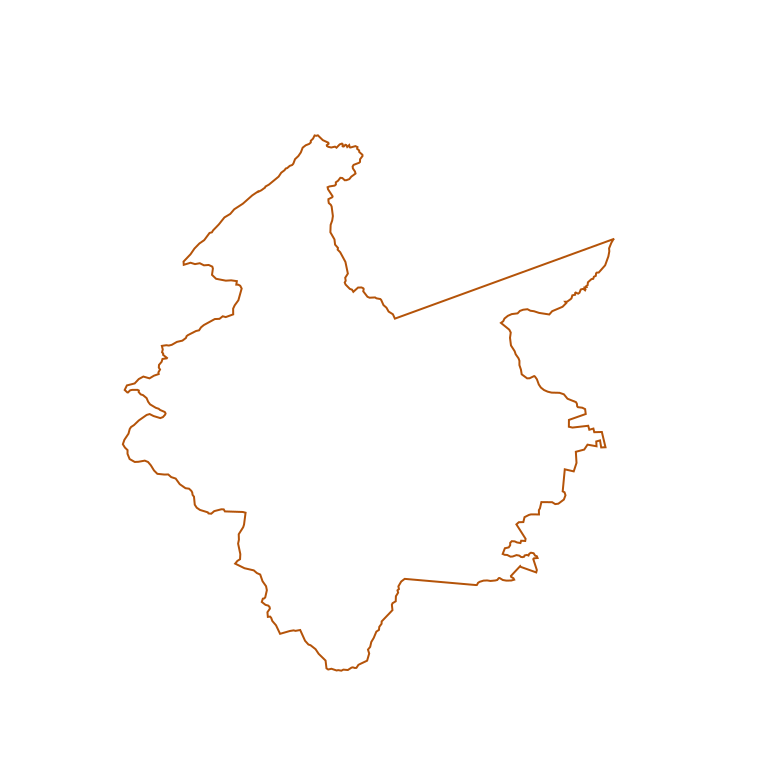 map outline of Northern Cape (Mercator projection), rotated 70°
{"feature_id": "ZAF-1188", "entity_name": "Northern Cape", "entity_type": "Province", "adm_level": 1, "iso_a3": "ZAF", "parent_name": "South Africa", "parent_adm1": "", "projection": "mercator", "projection_center": [20.625, -28.845], "detail": "fine", "context": "isolated", "style": "outline", "palette": "amber", "viewbox_px": 768, "rotation_deg": 70, "n_neighbors": 0, "source": "natural_earth", "source_scale": "10m", "svg_char_len": 6165}
<svg xmlns="http://www.w3.org/2000/svg" viewBox="0 0 768 768"><g transform="rotate(70 384 384)"><path d="M161.2,325.9L162.4,326.2L164.6,329.6L167.1,330.6L167.6,331.7L167.7,337.6L168.9,339.1L170.8,339.5L174.4,338.6L176.5,338.8L178.0,343.9L179.6,346.5L179.6,349.7L179.1,351.2L176.2,352.7L175.3,354.5L177.3,357.7L178.0,360.3L180.1,361.0L180.7,362.5L179.7,367.7L179.8,369.7L181.9,370.0L190.0,368.1L190.8,368.7L191.3,373.0L192.6,373.5L195.1,374.0L197.4,372.7L199.3,372.5L208.7,374.6L212.7,376.8L216.2,379.7L223.1,382.5L231.2,381.1L236.3,382.3L240.4,380.7L241.9,381.6L245.2,380.1L256.1,378.5L267.9,380.2L270.9,384.1L273.9,384.7L275.2,386.2L277.4,386.1L282.9,383.6L284.4,381.8L286.9,381.3L284.5,375.4L285.6,372.1L287.0,370.7L287.8,370.6L289.8,371.8L296.4,369.7L298.0,368.0L299.6,362.8L300.9,361.8L302.9,358.4L304.0,357.9L309.7,357.5L313.1,355.6L317.5,354.9L321.5,351.8L326.3,351.4L326.3,118.0L326.6,119.1L329.0,122.0L333.5,126.1L336.4,126.9L340.8,129.5L348.1,135.6L352.7,144.1L352.1,146.1L352.6,146.9L354.8,148.0L355.0,150.1L356.7,151.4L356.4,153.2L358.2,157.6L360.8,158.9L361.3,160.8L362.2,160.6L361.9,162.6L364.0,162.3L364.7,163.0L363.0,164.0L362.6,165.0L362.5,166.8L365.1,169.1L365.5,170.7L363.6,172.6L363.8,173.2L365.5,173.9L365.1,176.7L367.6,178.5L368.1,179.6L369.3,183.8L368.7,185.6L370.3,185.1L372.5,189.8L373.1,201.1L375.2,204.9L370.2,214.0L366.9,218.2L365.2,221.4L362.8,223.6L361.8,227.8L361.8,231.3L363.3,234.3L362.0,240.1L362.3,244.3L363.7,248.4L365.8,250.5L366.6,253.2L375.8,247.7L379.0,247.3L383.7,249.8L391.2,251.5L397.9,250.0L401.1,250.1L405.9,248.8L408.5,248.8L412.6,250.3L417.4,250.4L422.0,251.3L427.6,247.6L428.4,245.3L427.9,240.2L428.6,239.6L431.9,238.7L437.4,238.7L441.0,237.8L444.4,235.7L447.2,232.8L449.4,229.5L452.3,222.1L455.2,218.5L460.6,216.6L466.7,209.8L468.5,209.5L471.1,210.1L472.1,209.7L474.1,205.8L476.4,203.6L481.2,204.7L481.0,222.5L487.4,224.9L489.4,221.8L493.1,206.4L497.2,206.7L497.5,202.5L501.2,202.9L503.6,195.7L519.2,197.5L517.9,201.6L510.9,200.3L510.6,204.2L515.2,205.6L510.6,213.5L514.1,218.3L513.3,226.9L524.0,230.1L531.0,235.6L526.0,243.3L546.0,252.8L547.5,251.4L550.6,251.5L554.1,254.5L556.1,261.1L555.4,264.2L552.6,266.4L548.8,276.5L554.2,280.0L555.5,281.6L559.6,283.0L556.8,290.4L556.6,292.6L557.2,297.5L561.4,300.3L560.0,304.6L561.2,307.6L577.9,303.9L579.8,305.0L578.2,308.7L580.1,310.2L578.4,313.2L576.6,315.0L575.4,317.7L576.4,319.7L578.7,320.6L580.2,322.7L579.7,326.6L584.3,330.6L585.8,329.0L586.8,326.7L589.5,324.2L590.1,322.1L590.1,318.0L591.6,315.5L593.4,314.4L594.1,313.0L594.2,311.4L593.2,310.5L593.5,308.1L594.6,306.9L593.2,305.5L592.8,303.6L594.2,301.3L597.0,300.7L598.1,299.3L600.0,299.2L599.1,302.8L599.6,303.6L611.1,304.0L613.1,305.4L602.6,318.1L601.7,318.3L607.8,330.4L608.7,330.5L610.8,328.8L612.4,328.6L612.2,331.6L610.6,336.3L608.8,339.4L605.9,341.7L605.7,342.6L606.9,344.6L606.7,346.6L605.5,351.3L603.9,354.2L602.8,357.7L602.6,361.8L603.0,363.6L604.6,365.4L604.5,366.1L574.2,431.2L575.5,435.4L579.1,439.7L581.8,440.1L582.5,441.9L584.9,442.1L587.5,445.4L592.2,447.3L592.9,450.9L594.1,452.1L599.4,453.4L606.3,467.4L608.5,468.3L610.6,471.5L613.3,472.8L614.1,475.9L619.1,480.5L622.1,484.2L626.3,486.9L628.1,489.9L632.2,490.1L638.2,494.5L639.1,504.0L641.3,507.0L640.9,508.5L639.6,510.2L639.4,511.5L640.4,515.8L638.5,519.9L638.8,522.1L637.2,524.9L637.0,526.5L633.6,530.8L633.2,534.1L631.5,535.3L623.9,533.5L615.2,537.7L609.8,539.0L604.3,542.4L603.0,544.1L598.3,546.0L586.5,546.9L585.7,551.6L584.6,553.2L583.9,556.9L583.2,567.1L573.8,568.0L568.5,570.0L565.1,570.0L563.6,570.6L563.1,572.8L558.6,571.6L556.1,568.1L554.5,567.8L552.7,568.5L551.0,570.9L547.0,573.4L544.3,571.3L544.5,569.9L543.9,568.6L537.7,564.6L533.7,564.0L527.8,565.6L520.7,565.5L518.2,568.1L514.6,570.1L509.4,578.1L501.9,585.3L500.1,582.3L499.4,579.2L494.7,577.2L484.1,575.7L480.7,573.6L475.5,571.9L470.4,565.3L468.2,563.6L457.6,558.1L456.0,560.4L449.3,577.1L447.0,577.5L446.1,579.7L445.4,587.0L446.8,590.7L445.6,593.2L444.3,593.5L439.4,600.0L436.2,602.3L432.7,603.1L424.9,601.1L422.7,601.8L420.3,601.3L418.5,601.6L415.7,603.0L414.0,606.2L408.3,610.2L401.6,612.1L398.7,615.8L395.2,617.7L394.0,621.3L390.9,627.7L386.6,629.7L380.7,630.9L376.6,632.4L374.2,635.0L373.1,641.4L372.0,644.9L367.5,648.7L361.9,648.9L358.4,647.6L355.1,649.2L351.3,650.0L347.6,647.0L343.3,641.1L339.3,638.3L337.9,636.4L337.1,633.0L334.4,626.9L331.9,617.6L332.1,614.5L335.3,611.5L339.5,605.9L339.5,603.1L337.9,600.1L336.9,599.3L335.3,599.6L331.8,603.3L330.2,604.2L328.3,606.6L323.1,610.8L320.0,611.7L316.1,611.9L312.1,614.2L310.5,616.2L307.6,617.3L306.3,616.6L305.2,617.6L303.4,622.6L303.1,624.7L304.4,627.5L304.1,628.1L300.9,629.7L297.4,626.1L298.2,618.1L295.5,612.8L294.7,607.6L298.5,602.4L297.5,597.3L297.6,592.3L295.9,592.0L293.8,589.5L291.6,590.0L289.1,588.9L287.1,585.4L284.7,583.6L285.6,579.4L285.3,579.0L281.1,581.6L279.8,581.1L278.3,581.7L275.9,580.1L272.2,579.7L273.1,575.3L274.3,573.0L274.6,570.0L273.6,564.2L274.3,558.6L273.0,554.4L271.5,553.1L271.0,551.5L269.9,542.5L270.3,539.4L268.2,536.6L267.0,533.2L265.1,520.8L266.5,516.3L265.2,512.4L267.0,509.8L267.0,501.9L261.6,500.0L259.0,497.4L255.5,492.2L245.6,485.1L242.5,485.5L240.9,486.9L240.1,488.8L237.0,487.1L234.3,492.2L232.8,497.3L227.7,505.8L222.6,508.3L217.0,505.3L215.0,505.2L212.2,508.0L210.9,512.6L207.5,515.8L206.7,520.6L203.9,524.3L203.5,531.4L200.4,530.5L195.9,521.4L191.9,515.8L188.8,509.4L187.3,503.7L182.4,496.3L182.6,493.8L181.2,492.1L177.6,484.7L172.9,477.0L171.6,470.3L168.6,465.0L166.3,455.0L161.7,443.3L160.0,436.5L160.4,436.5L160.0,433.0L158.7,428.5L157.9,427.9L157.3,424.0L153.1,412.1L150.3,408.3L149.1,404.4L147.9,402.6L148.0,401.1L146.8,398.0L146.8,395.4L146.0,393.9L142.3,390.7L140.5,386.5L137.9,382.9L134.1,379.6L132.9,375.9L132.8,372.2L132.0,370.2L130.4,369.6L129.2,366.8L126.7,364.2L127.6,362.8L127.7,361.1L133.9,358.1L138.2,353.8L139.3,353.9L140.0,356.1L140.9,356.2L142.1,355.2L143.7,352.7L144.2,348.9L145.7,347.8L143.7,343.7L143.7,341.3L144.7,340.8L146.3,341.6L146.9,341.2L147.0,340.4L146.0,338.5L146.6,337.7L148.7,337.5L147.6,335.0L149.9,335.2L150.3,334.6L150.7,329.5L152.3,327.9L153.8,328.8L156.0,327.5L157.5,327.9L161.2,325.9Z" fill="none" stroke="#b45309" stroke-width="2"/></g></svg>